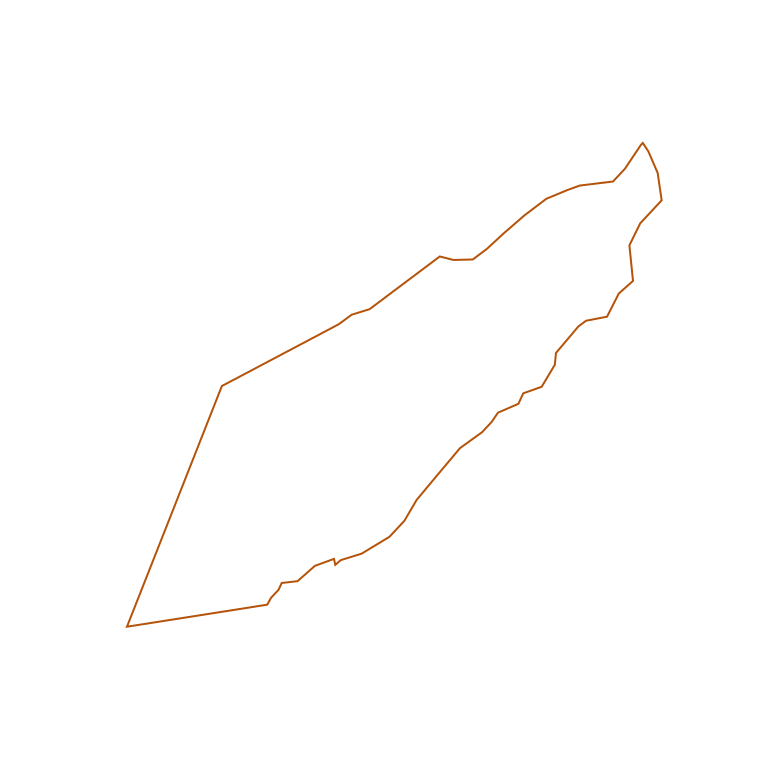 Colombette, Soufrière, Saint Lucia, rotated 133°
{"feature_id": "8701671B5497256844946", "entity_name": "Colombette", "entity_type": "district", "adm_level": 2, "iso_a3": "LCA", "parent_name": "Saint Lucia", "parent_adm1": "Soufrière", "projection": "robinson", "projection_center": [-61.052, 13.868], "detail": "fine", "context": "isolated", "style": "outline", "palette": "amber", "viewbox_px": 768, "rotation_deg": 133, "n_neighbors": 0, "source": "geoboundaries", "source_scale": "gbopen_adm2", "svg_char_len": 888}
<svg xmlns="http://www.w3.org/2000/svg" viewBox="0 0 768 768"><g transform="rotate(133 384 384)"><path d="M549.5,296.3L542.3,295.5L523.4,284.7L492.0,275.8L470.1,275.8L446.5,281.1L413.5,282.9L379.0,284.7L352.3,279.4L338.2,279.4L327.2,281.1L306.8,272.2L295.8,275.8L278.5,266.8L253.4,272.2L244.0,279.4L209.4,281.1L200.0,279.4L187.2,270.1L182.7,266.8L157.6,274.0L138.8,272.2L115.2,299.1L91.7,306.2L60.3,306.2L43.0,327.8L33.6,349.3L32.0,355.8L31.2,359.1L32.9,359.2L33.8,359.2L62.2,354.6L79.7,354.6L105.4,376.2L117.6,382.4L137.8,391.6L164.9,396.3L193.3,399.3L214.9,400.9L232.4,404.0L246.0,417.9L252.7,430.2L339.2,445.6L346.1,449.6L355.4,454.9L364.5,456.6L370.8,457.8L371.6,458.0L494.9,500.8L496.0,501.2L735.9,406.8L736.8,406.5L736.2,406.0L625.0,318.9L617.4,320.8L606.3,320.8L599.3,323.1L587.2,312.8L564.1,310.5L546.0,301.3L549.5,296.3Z" fill="none" stroke="#b45309" stroke-width="2"/></g></svg>